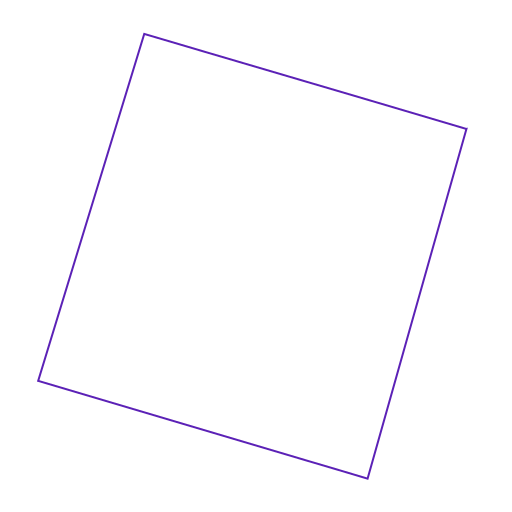 Chalileo, La Pampa, Argentina, rotated 287°
{"feature_id": "61730980B72501201061130", "entity_name": "Chalileo", "entity_type": "district", "adm_level": 2, "iso_a3": "ARG", "parent_name": "Argentina", "parent_adm1": "La Pampa", "projection": "equal_earth", "projection_center": [-66.489, -36.399], "detail": "fine", "context": "isolated", "style": "outline", "palette": "violet", "viewbox_px": 512, "rotation_deg": 287, "n_neighbors": 0, "source": "geoboundaries", "source_scale": "gbopen_adm2", "svg_char_len": 401}
<svg xmlns="http://www.w3.org/2000/svg" viewBox="0 0 512 512"><g transform="rotate(287 256 256)"><path d="M233.9,84.2L163.6,84.2L76.9,84.2L72.9,84.2L75.2,365.0L75.5,397.6L75.7,427.8L80.8,427.7L376.6,421.4L439.1,420.1L439.0,419.9L438.1,319.2L437.4,252.5L436.3,148.2L435.7,84.4L435.7,84.2L430.9,84.2L405.9,84.2L392.1,84.2L234.1,84.2L233.9,84.2Z" fill="none" stroke="#5b21b6" stroke-width="2"/></g></svg>